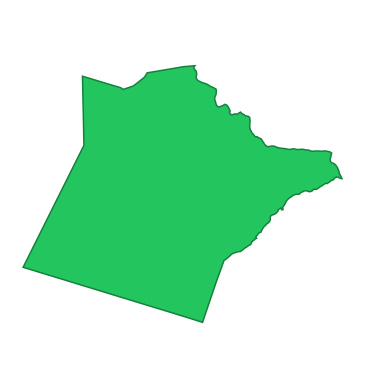 the district of Bondo, Nyanza, Kenya, rotated 17°
{"feature_id": "3690345B84738590288078", "entity_name": "Bondo", "entity_type": "district", "adm_level": 2, "iso_a3": "KEN", "parent_name": "Kenya", "parent_adm1": "Nyanza", "projection": "orthographic", "projection_center": [34.246, -0.149], "detail": "fine", "context": "isolated", "style": "filled", "palette": "green", "viewbox_px": 384, "rotation_deg": 17, "n_neighbors": 0, "source": "geoboundaries", "source_scale": "gbopen_adm2", "svg_char_len": 4460}
<svg xmlns="http://www.w3.org/2000/svg" viewBox="0 0 384 384"><g transform="rotate(17 192 192)"><path d="M114.3,91.1L113.0,96.0L109.1,101.8L106.6,105.3L104.9,107.7L104.3,108.1L103.9,108.5L103.3,108.9L99.3,111.8L98.5,112.3L97.8,112.8L97.2,113.3L96.5,113.7L95.9,114.0L94.9,113.6L94.0,113.2L90.6,113.1L85.7,113.2L53.4,113.3L65.7,150.6L75.0,179.0L52.5,313.4L54.4,313.4L72.9,313.4L113.1,313.4L145.7,313.4L158.5,313.4L174.9,313.4L178.4,313.4L182.7,313.4L221.2,313.4L240.2,313.6L241.5,270.7L242.7,247.8L243.2,247.4L244.1,246.3L245.1,244.8L245.5,244.1L246.1,243.2L246.5,242.6L247.0,241.9L247.9,240.2L248.4,239.5L249.5,238.5L251.0,237.4L252.4,236.3L253.2,235.9L253.7,235.6L254.9,235.1L255.9,234.5L256.9,233.3L257.2,232.9L257.5,232.2L258.4,231.0L258.8,230.4L259.3,229.7L260.2,229.0L260.7,228.0L261.6,226.9L262.0,226.5L262.6,226.0L263.6,224.8L263.7,223.0L264.1,221.6L264.7,220.6L265.4,219.9L266.1,218.5L267.3,217.5L266.1,216.5L266.4,215.9L266.9,214.5L267.1,214.0L267.3,213.5L267.7,212.2L268.0,211.7L268.6,211.1L269.7,210.2L269.8,208.8L270.2,206.9L270.6,205.1L270.9,204.3L271.6,203.3L271.9,202.7L272.2,202.0L272.8,200.9L273.0,200.4L274.0,199.2L274.7,198.0L275.0,196.7L275.0,196.0L274.9,195.4L274.5,194.0L274.0,193.0L274.3,192.0L275.3,190.6L277.2,189.4L277.6,188.8L278.6,187.8L279.3,186.4L279.6,185.7L279.8,184.9L279.7,183.7L280.3,182.9L281.3,181.4L283.0,182.8L284.2,182.3L283.4,180.6L283.4,179.9L283.7,178.5L284.2,177.0L284.4,176.2L284.5,175.7L284.8,173.8L285.1,172.7L285.6,171.3L286.3,170.2L287.1,169.0L287.9,168.1L288.7,167.1L289.4,166.1L290.0,165.3L291.4,164.3L292.1,163.8L293.5,163.2L294.1,163.1L294.6,163.1L295.6,162.2L295.9,161.4L296.7,160.2L298.0,159.4L298.9,158.2L300.6,157.6L301.2,157.4L301.8,157.3L303.1,157.5L303.6,157.5L305.4,156.9L306.6,155.8L306.8,155.3L307.0,154.8L307.9,153.6L310.1,153.1L310.7,152.6L311.5,151.6L312.2,150.7L313.1,149.4L313.9,148.6L314.7,147.8L315.7,146.4L317.1,144.8L318.8,144.4L319.7,143.3L320.3,142.5L321.3,141.3L321.7,140.0L322.2,139.9L322.8,139.7L323.6,139.0L323.8,138.3L324.0,137.8L324.8,136.3L326.2,135.3L326.7,135.1L327.3,135.1L328.5,135.4L329.5,135.6L331.5,135.4L330.6,134.3L330.1,133.8L329.7,133.4L328.9,132.5L328.3,131.9L327.2,130.7L326.5,129.3L325.5,128.1L324.3,126.5L323.0,125.3L322.1,124.7L321.2,124.0L319.8,123.4L318.1,123.2L317.2,123.2L316.1,122.8L315.2,121.7L314.5,120.4L314.5,119.5L314.5,117.6L314.4,116.7L314.3,116.0L314.2,113.9L312.8,113.5L312.0,113.3L311.2,113.4L310.0,113.5L309.5,113.5L308.9,113.6L307.4,113.8L306.9,113.9L306.4,114.1L305.3,114.7L303.7,115.2L302.3,115.5L301.3,115.8L299.8,116.1L298.8,116.5L297.6,116.9L296.2,117.5L295.6,117.7L294.8,117.9L293.3,118.1L292.3,117.9L291.8,117.8L291.2,117.9L289.8,118.1L289.2,118.3L288.5,118.5L286.8,118.6L286.1,118.7L285.5,118.7L283.9,119.2L282.7,119.8L282.1,120.0L281.5,120.1L279.8,120.8L279.0,120.7L277.6,120.8L277.0,120.9L276.3,121.2L274.9,121.6L273.9,122.5L273.1,122.7L271.5,123.0L270.5,123.1L269.4,123.2L268.2,123.3L267.5,123.5L265.9,123.8L263.6,124.2L261.3,124.5L258.8,124.3L257.4,124.1L255.9,124.4L254.6,124.8L253.9,125.1L252.8,125.9L252.2,126.0L250.8,126.5L250.3,126.6L248.5,125.7L247.8,125.4L247.1,124.8L245.8,123.6L245.1,123.1L244.5,122.5L243.2,121.4L242.7,121.0L240.2,120.7L239.4,120.6L238.1,120.1L236.6,120.5L236.1,120.6L235.0,119.7L234.6,119.4L234.0,119.0L233.0,118.5L232.5,118.3L230.7,116.4L229.3,115.3L228.9,114.1L228.6,113.7L227.9,112.1L227.7,111.5L227.6,110.9L227.3,109.5L226.9,108.0L226.8,107.3L226.4,106.1L226.1,105.5L225.8,104.9L225.3,103.8L224.0,103.2L222.3,103.4L220.3,103.4L219.7,103.1L218.1,102.6L216.6,102.3L215.2,101.4L214.1,102.3L213.7,102.7L213.3,103.4L212.5,104.5L210.9,104.6L210.5,104.6L208.9,105.6L208.3,106.1L206.9,106.7L206.4,106.3L205.3,105.8L204.9,105.4L204.5,105.0L204.8,103.9L204.8,103.3L204.5,102.9L203.5,102.3L203.2,101.6L202.9,101.1L201.9,100.2L201.2,99.6L200.2,98.9L199.6,98.7L199.0,98.5L197.7,98.6L197.2,99.2L196.1,100.4L195.6,100.8L195.0,101.2L193.5,102.4L192.2,103.0L191.5,102.7L190.1,101.8L189.0,100.4L187.9,98.5L187.0,97.5L186.1,95.0L186.4,93.0L186.4,92.2L186.4,91.4L186.0,89.3L185.4,87.5L184.9,86.6L182.9,86.1L182.1,85.9L181.1,85.8L179.1,85.7L177.1,85.1L176.4,84.9L175.6,84.7L173.7,84.4L171.8,84.4L170.4,84.4L169.7,84.4L169.0,84.3L167.0,84.0L165.1,83.7L163.6,82.7L162.5,81.5L162.3,80.8L162.2,80.2L162.2,78.7L162.1,78.1L161.8,77.5L161.3,76.2L160.8,75.5L160.2,74.9L158.7,74.0L158.2,73.6L157.6,73.2L157.3,71.9L157.9,70.4L147.5,74.5L134.2,81.2L116.8,89.9L114.3,91.1Z" fill="#22c55e" stroke="#15803d" stroke-width="1.5"/></g></svg>